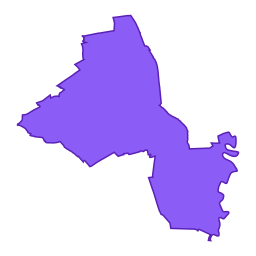 outline of Murgeni, Vaslui, Romania
{"feature_id": "2599482B64804432182882", "entity_name": "Murgeni", "entity_type": "district", "adm_level": 2, "iso_a3": "ROU", "parent_name": "Romania", "parent_adm1": "Vaslui", "projection": "robinson", "projection_center": [28.041, 46.199], "detail": "fine", "context": "isolated", "style": "filled", "palette": "violet", "viewbox_px": 256, "rotation_deg": 0, "n_neighbors": 0, "source": "geoboundaries", "source_scale": "gbopen_adm2", "svg_char_len": 5691}
<svg xmlns="http://www.w3.org/2000/svg" viewBox="0 0 256 256"><path d="M210.7,240.6L210.4,240.1L210.3,239.3L210.6,237.8L211.4,235.9L212.1,235.1L213.1,234.5L213.6,234.4L217.4,236.0L218.6,235.8L218.8,235.7L219.0,234.2L219.0,233.5L218.9,232.8L218.4,231.0L218.4,230.3L219.6,226.5L219.8,225.6L219.9,224.8L219.9,224.1L219.7,222.5L218.9,219.5L218.9,218.3L219.0,218.0L219.3,217.7L219.8,217.6L220.7,217.6L221.6,218.0L223.0,218.8L223.8,218.7L224.7,218.0L225.7,216.7L227.9,214.3L228.4,213.7L228.8,212.9L228.8,212.5L228.7,212.2L228.1,211.8L227.1,211.6L223.8,211.8L223.1,211.4L222.5,210.8L219.5,203.7L219.7,202.8L219.9,202.4L220.8,201.3L222.2,200.1L223.1,198.8L223.5,197.5L223.7,195.5L223.6,195.1L223.1,194.5L221.8,193.5L220.9,193.0L219.2,192.4L218.4,191.8L218.1,191.2L218.2,189.0L218.9,186.3L220.6,182.5L220.9,182.0L221.3,181.7L221.6,181.6L222.3,181.6L223.6,182.2L225.4,183.3L226.1,183.4L226.5,183.3L227.0,182.8L227.7,181.0L228.1,179.5L228.8,177.7L230.0,174.7L230.8,173.3L231.9,172.4L233.2,171.8L234.9,171.4L236.4,171.3L237.1,171.0L237.2,170.8L237.0,169.8L236.4,168.6L235.4,167.2L234.5,165.6L233.7,164.4L232.9,163.4L231.5,162.1L230.2,161.2L225.5,159.0L224.2,158.1L223.0,156.6L222.5,154.9L222.5,154.2L223.2,153.2L223.4,152.9L224.1,152.6L224.6,152.6L226.1,153.2L230.1,155.3L232.0,156.0L232.6,156.2L234.3,156.4L235.9,156.2L236.9,155.6L237.4,155.1L238.1,154.0L238.4,153.1L238.5,152.3L238.3,152.1L236.5,151.6L230.3,150.6L227.9,149.9L227.1,149.5L226.5,149.0L225.6,147.4L225.2,145.6L225.3,145.1L225.4,144.5L226.1,144.1L226.9,143.9L228.2,144.0L229.4,144.4L230.1,144.8L233.4,147.6L234.1,147.7L234.5,147.7L234.8,147.4L235.4,146.5L235.9,143.6L236.0,140.0L235.9,137.7L235.8,137.2L235.5,136.6L235.3,136.3L234.7,136.1L233.8,136.5L233.0,137.0L232.3,136.9L232.0,136.8L231.4,136.1L230.7,135.1L229.4,132.7L228.9,132.3L228.6,132.2L227.3,132.4L223.5,133.5L218.0,136.1L218.9,141.2L219.5,142.4L219.6,143.1L215.7,143.2L211.3,143.0L212.9,146.0L209.7,148.1L190.4,148.8L190.0,149.0L189.4,149.0L189.2,147.1L189.0,146.8L189.1,146.2L188.7,144.8L187.4,142.8L187.3,141.7L187.6,140.4L187.8,138.2L187.6,137.2L187.7,135.7L187.7,134.1L187.4,133.4L187.7,132.4L187.8,131.1L187.3,130.5L187.0,130.0L187.0,129.6L186.7,129.1L186.6,128.1L186.2,127.6L186.0,127.2L185.7,127.0L185.6,126.7L184.0,125.1L183.9,124.7L183.6,124.4L182.7,123.8L181.5,122.5L180.8,122.0L180.6,121.6L180.5,121.2L179.7,120.8L178.9,120.2L178.7,119.9L178.4,119.7L178.1,119.1L176.6,118.5L175.0,117.6L174.7,117.6L173.7,116.9L173.1,116.7L171.8,116.1L170.7,115.3L170.1,115.0L169.2,114.5L168.1,113.5L166.6,111.6L166.0,111.2L165.7,110.6L164.2,109.2L163.3,108.2L161.6,107.2L160.1,105.7L159.5,105.4L159.9,105.1L160.7,104.0L161.2,103.2L159.6,86.8L159.0,82.5L158.0,71.2L157.4,67.2L157.0,65.3L156.1,62.4L154.8,59.5L153.1,57.6L153.3,57.1L149.1,50.3L150.1,50.1L148.1,47.0L146.5,46.0L144.7,45.9L142.5,40.3L141.9,38.5L140.5,35.1L140.1,33.8L140.2,32.7L139.7,32.3L137.7,27.4L137.2,26.5L136.3,24.4L135.3,22.4L130.7,15.4L129.7,15.7L128.1,15.6L126.1,15.8L118.3,16.9L113.1,17.5L114.4,22.3L114.5,23.9L114.0,30.7L99.0,33.2L98.7,33.1L84.9,35.9L84.8,36.1L84.3,36.0L83.4,36.0L83.0,35.8L82.4,36.0L82.6,36.4L83.4,37.1L83.8,37.6L84.2,37.8L84.2,38.0L83.9,38.4L83.7,38.8L83.8,39.3L84.0,39.5L83.4,40.3L83.9,40.5L83.7,40.9L83.3,40.7L82.8,41.2L82.8,41.3L83.0,41.5L83.5,41.5L83.6,41.9L83.9,42.2L84.1,42.1L84.3,41.8L85.2,42.3L86.0,42.5L81.5,43.8L82.6,46.6L83.0,50.2L82.7,53.6L83.0,57.8L83.4,59.2L83.9,59.5L74.9,64.5L78.0,67.4L78.7,68.6L79.4,69.1L79.9,69.9L79.9,70.0L75.6,72.9L72.1,75.6L65.9,79.7L63.4,81.5L61.6,82.7L61.4,82.7L60.8,83.7L60.4,83.6L57.1,85.8L57.8,86.0L58.4,86.6L58.8,86.6L59.1,86.4L59.4,86.5L59.5,86.9L60.0,86.9L60.8,87.4L60.7,87.7L60.4,87.8L60.7,88.0L61.0,88.2L61.4,88.0L61.9,88.3L62.2,88.3L62.4,88.5L62.6,88.5L62.8,88.7L63.1,88.8L63.5,89.2L63.9,89.2L64.3,89.7L63.8,90.2L63.2,90.5L61.3,92.2L59.8,93.0L59.0,95.0L59.0,95.8L59.1,96.5L58.2,96.4L57.6,96.1L57.2,96.1L54.1,96.4L53.3,96.9L51.7,97.4L50.8,98.0L50.2,95.0L42.5,100.9L36.6,102.9L38.0,105.1L38.7,104.8L39.1,105.5L39.8,106.1L40.0,106.7L39.7,107.0L36.4,108.7L34.1,109.8L27.4,113.9L26.1,114.4L24.3,114.8L22.6,114.9L22.4,115.1L22.4,116.5L22.3,118.4L22.3,119.2L22.1,120.1L21.3,121.1L20.0,122.5L19.1,123.4L17.9,123.9L17.6,124.3L17.5,125.1L18.1,125.3L18.9,125.1L20.7,125.8L23.1,127.1L25.2,128.4L26.2,129.5L26.6,130.5L27.7,131.2L27.8,131.6L27.8,132.3L28.1,132.7L29.5,133.3L30.9,133.8L30.1,135.1L30.1,135.4L31.3,135.8L34.5,136.4L35.1,136.9L35.7,136.8L40.4,137.3L42.5,137.5L43.0,138.3L43.5,138.9L43.7,139.5L44.1,140.1L44.1,140.6L44.4,140.7L44.5,141.0L44.8,141.3L45.1,141.3L45.1,141.6L45.5,141.8L45.9,142.4L46.7,142.7L53.9,142.9L56.9,142.5L60.1,141.6L60.7,142.2L61.3,142.9L63.5,145.3L64.0,146.1L64.3,147.0L67.4,149.2L68.3,149.5L69.5,150.6L71.0,151.1L72.9,152.7L74.7,153.9L75.8,155.0L77.9,156.7L78.4,156.4L83.2,161.9L83.3,161.1L84.6,160.5L88.7,165.1L89.5,166.3L89.9,166.6L91.4,166.1L97.7,161.8L114.3,152.3L116.5,154.7L118.2,156.3L122.5,154.9L123.8,154.6L123.7,153.6L124.2,153.7L127.9,153.2L128.3,153.4L128.7,154.2L129.1,154.5L135.2,153.0L139.7,151.7L139.6,151.4L141.4,150.8L142.7,151.5L143.2,151.5L144.1,151.1L144.3,150.9L144.5,150.4L147.3,150.1L148.3,154.8L150.5,154.3L150.7,155.1L150.3,155.3L150.0,155.6L149.6,156.3L149.7,156.9L149.8,157.3L150.6,157.4L155.2,156.2L154.1,163.7L152.6,175.5L152.6,176.3L152.9,177.1L148.6,177.6L150.8,184.1L150.9,184.6L151.2,185.3L151.3,185.9L152.0,187.5L152.0,188.0L152.8,190.0L153.9,193.3L158.1,207.0L159.6,211.3L160.1,212.1L161.1,214.3L162.1,214.8L163.0,215.1L170.0,223.1L170.8,228.4L189.8,229.0L194.8,229.1L195.8,229.4L197.5,230.2L197.6,230.3L197.5,230.6L197.9,230.8L198.1,230.3L198.8,229.6L199.0,229.3L210.5,234.6L210.1,235.2L208.9,237.8L208.4,240.4L210.7,240.6Z" fill="#8b5cf6" stroke="#5b21b6" stroke-width="1.5"/></svg>